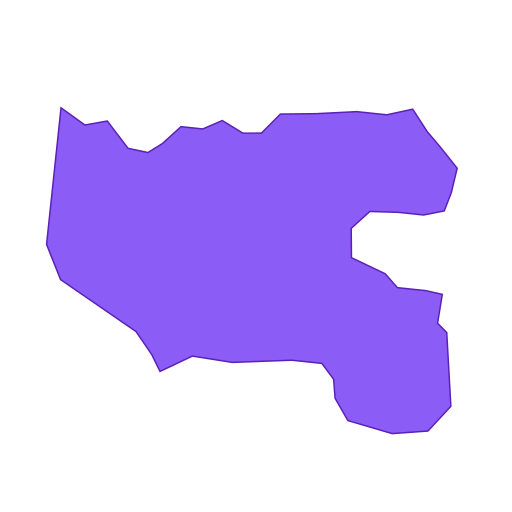 map outline of Rabat (Natural Earth projection), rotated 6°
{"feature_id": "MLT-5923", "entity_name": "Rabat", "entity_type": "state/province", "adm_level": 1, "iso_a3": "MLT", "parent_name": "Malta", "parent_adm1": "", "projection": "natural_earth1", "projection_center": [14.386, 35.882], "detail": "fine", "context": "isolated", "style": "filled", "palette": "violet", "viewbox_px": 512, "rotation_deg": 6, "n_neighbors": 0, "source": "natural_earth", "source_scale": "10m", "svg_char_len": 739}
<svg xmlns="http://www.w3.org/2000/svg" viewBox="0 0 512 512"><g transform="rotate(6 256 256)"><path d="M172.6,380.8L162.6,364.9L144.6,343.7L64.1,299.9L46.5,266.4L46.6,129.0L72.1,143.6L94.0,137.3L117.5,162.3L137.7,164.4L151.1,154.0L167.9,135.2L189.8,135.2L208.3,124.8L230.1,135.2L248.6,133.2L265.4,112.3L300.7,108.2L341.1,101.9L371.3,101.9L396.5,93.6L413.3,114.4L428.5,129.0L446.9,147.7L443.6,172.7L438.5,191.5L418.4,197.7L393.2,197.7L364.6,199.8L347.8,218.5L351.1,247.7L386.4,260.2L399.9,272.7L428.5,272.7L445.3,274.7L443.6,303.9L453.7,312.2L465.5,385.1L445.3,412.1L410.0,418.4L364.6,410.1L349.5,389.2L346.1,370.5L332.7,355.9L302.4,355.9L243.6,364.3L203.2,362.2L172.6,380.8Z" fill="#8b5cf6" stroke="#5b21b6" stroke-width="1.5"/></g></svg>